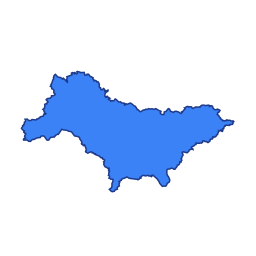 the district of Cumaru do Norte, Pará, Brazil, rotated 263°
{"feature_id": "56859067B29511236565229", "entity_name": "Cumaru do Norte", "entity_type": "district", "adm_level": 2, "iso_a3": "BRA", "parent_name": "Brazil", "parent_adm1": "Pará", "projection": "mercator", "projection_center": [-51.233, -8.51], "detail": "fine", "context": "isolated", "style": "filled", "palette": "blue", "viewbox_px": 256, "rotation_deg": 263, "n_neighbors": 0, "source": "geoboundaries", "source_scale": "gbopen_adm2", "svg_char_len": 5877}
<svg xmlns="http://www.w3.org/2000/svg" viewBox="0 0 256 256"><g transform="rotate(263 128 128)"><path d="M149.2,26.9L148.3,27.3L146.8,26.9L146.5,25.9L144.8,25.7L144.4,25.0L143.3,24.7L143.5,24.4L143.2,23.7L142.3,23.6L140.7,22.2L139.1,23.1L137.7,24.8L137.0,24.7L137.0,24.1L136.6,24.0L135.3,25.0L135.0,25.7L134.3,25.7L133.0,24.6L132.2,24.3L130.6,25.1L130.1,23.4L129.6,22.9L128.8,22.9L128.4,25.8L128.0,26.8L126.9,27.8L126.6,29.7L127.5,30.5L128.2,31.8L128.1,33.5L129.2,36.0L129.3,39.9L130.2,40.3L130.5,40.8L130.5,43.0L129.8,44.0L126.1,45.9L125.7,46.6L125.7,47.9L127.9,49.7L128.2,52.2L128.0,53.8L128.6,54.5L129.4,54.8L130.4,57.5L130.2,58.1L134.8,62.1L133.9,63.8L133.3,66.7L132.0,68.8L131.2,71.4L126.7,73.9L125.6,77.2L124.7,78.6L122.9,78.9L120.0,80.4L118.4,80.4L118.2,79.9L117.5,80.1L116.7,81.3L116.0,81.5L115.9,81.9L116.6,82.7L116.0,83.1L111.3,84.0L110.1,83.0L109.4,83.1L107.9,85.1L108.5,86.6L108.8,88.9L108.5,89.3L107.6,89.4L107.6,90.6L106.8,90.9L106.5,92.4L105.9,92.0L105.7,92.2L103.7,96.0L101.6,97.7L101.6,98.9L100.3,99.1L99.9,100.1L99.0,100.9L98.2,100.6L97.4,99.6L96.4,100.1L95.2,99.5L93.5,99.9L92.2,100.6L91.5,102.0L90.4,103.0L90.2,103.3L90.6,104.2L90.3,104.4L89.7,104.1L88.7,104.3L88.5,103.6L87.9,103.5L87.0,104.3L85.9,103.5L83.9,103.2L83.5,102.8L82.5,103.8L81.9,103.8L80.5,103.0L80.1,103.9L79.2,104.8L79.3,105.8L78.6,106.9L77.0,106.5L74.5,105.2L72.7,105.1L70.8,104.4L69.4,102.0L67.2,103.7L66.7,104.6L66.9,106.7L68.2,107.9L68.6,110.0L69.6,109.8L70.4,110.1L71.6,112.4L73.4,112.2L75.2,113.2L75.8,112.7L75.9,113.4L76.8,113.9L76.9,115.0L78.1,115.6L78.9,119.4L79.6,120.9L77.9,123.1L75.9,131.0L75.4,131.5L75.9,132.9L77.3,133.8L76.6,134.4L76.6,134.7L78.0,135.1L79.0,136.5L79.0,138.4L78.4,139.0L78.3,140.2L78.6,142.2L77.7,143.0L77.8,144.2L76.8,145.3L77.1,145.8L78.1,145.8L78.2,147.0L73.8,150.8L70.9,152.3L69.1,152.8L66.2,154.7L65.8,155.3L66.0,155.9L65.7,158.4L66.3,159.1L68.3,160.3L69.3,162.3L70.7,163.0L71.7,163.1L74.8,162.2L76.2,161.3L77.8,161.0L81.5,161.4L82.4,162.6L82.2,164.6L82.7,165.1L82.8,166.4L82.6,167.3L81.6,168.2L81.3,169.6L82.1,170.0L82.7,171.0L83.9,172.0L85.1,172.5L85.1,173.5L85.6,174.3L86.7,175.1L88.1,175.2L87.7,176.5L89.1,177.0L89.4,177.5L91.1,177.0L91.6,177.7L92.4,177.8L94.5,179.4L97.2,178.8L97.6,180.0L96.2,183.7L97.5,185.5L99.0,186.4L99.0,187.9L99.6,188.5L98.7,189.9L99.2,189.9L100.6,188.6L100.9,188.6L101.7,189.3L102.3,191.5L103.4,192.7L103.4,193.5L104.7,193.6L104.1,197.1L104.4,198.2L104.0,199.1L104.9,200.4L106.0,200.5L106.0,201.8L105.7,202.5L105.2,202.7L104.7,204.6L103.8,205.5L103.9,206.0L105.3,208.0L106.1,207.8L106.8,208.4L106.8,210.3L107.4,210.9L108.3,210.7L108.9,211.4L109.0,211.7L108.4,212.2L108.5,213.4L109.3,214.6L110.2,215.0L110.5,216.0L111.0,216.3L111.6,216.3L112.6,217.2L114.4,217.6L113.8,218.7L114.1,219.7L114.9,220.2L114.5,220.7L113.3,220.7L113.1,221.3L114.5,222.0L115.6,221.9L115.8,223.0L116.3,222.9L118.4,224.3L118.1,224.9L118.9,225.4L118.2,228.8L118.9,229.4L118.6,229.9L119.0,230.4L118.9,232.2L119.8,232.8L120.6,232.5L121.4,233.8L122.2,233.3L122.4,231.0L123.3,230.1L123.4,227.4L124.0,227.3L123.9,226.4L123.3,225.9L123.4,224.3L123.9,223.5L123.6,223.0L125.2,222.0L125.8,220.9L126.6,221.1L127.9,220.0L129.6,219.5L130.4,218.2L131.8,218.9L132.4,218.9L132.7,220.3L134.2,221.5L134.5,221.3L135.5,219.8L135.3,219.2L135.8,218.9L135.4,217.1L135.7,216.3L137.3,214.8L138.8,214.7L139.4,214.4L139.9,213.7L140.0,212.1L139.4,212.0L139.4,211.4L140.7,211.2L140.9,210.4L140.8,207.8L141.5,205.9L141.6,204.1L141.0,202.9L140.2,202.4L140.3,201.8L140.0,201.6L140.6,197.6L139.5,194.8L140.0,194.1L141.2,193.7L141.6,191.8L141.3,191.0L142.2,190.0L141.9,188.3L141.0,187.4L141.1,186.6L140.3,187.0L139.7,186.7L138.9,185.4L137.6,184.4L137.5,183.2L136.7,183.4L135.9,182.5L137.9,179.8L138.8,177.7L138.7,175.9L137.9,174.9L139.0,173.3L139.2,172.3L141.7,171.5L142.3,170.7L141.9,169.8L139.8,167.7L139.5,165.9L137.2,165.4L137.0,164.7L137.5,162.9L138.4,161.9L139.0,161.8L140.2,162.8L140.8,162.6L141.3,161.2L143.9,157.9L143.3,156.4L144.1,154.4L144.2,151.9L144.7,151.0L144.1,149.1L144.5,148.0L143.8,146.1L144.0,145.4L142.7,142.7L142.7,142.1L143.1,141.5L144.1,141.0L144.9,140.2L145.0,139.5L145.8,139.4L146.2,138.9L147.4,138.7L147.8,138.2L148.7,137.9L149.0,137.0L151.8,134.4L152.5,133.4L151.6,129.8L152.2,129.2L152.2,128.5L151.1,127.6L151.4,127.3L152.8,127.7L153.0,127.5L153.7,124.7L154.9,123.8L154.8,122.2L158.3,119.2L158.2,118.5L156.8,117.4L156.7,116.2L157.1,115.7L156.8,114.1L157.6,114.1L158.5,112.5L159.1,112.0L159.6,112.5L159.8,113.5L161.5,111.5L162.0,111.3L161.9,110.3L161.3,110.3L161.1,109.6L162.8,108.9L163.8,109.0L165.5,109.9L166.4,109.7L166.0,110.6L166.6,111.1L166.6,112.0L167.4,112.8L168.1,112.7L167.4,110.9L168.2,109.3L168.8,109.6L170.2,108.7L169.2,107.0L169.2,106.0L171.4,105.6L171.5,104.8L172.8,104.4L174.4,104.9L176.6,104.4L177.5,103.9L177.3,102.9L178.5,102.4L179.1,101.6L179.0,100.1L179.5,100.4L181.1,99.0L182.0,99.5L183.6,97.5L183.7,96.8L186.2,95.4L186.4,94.0L185.7,93.8L185.6,91.7L188.5,91.3L188.8,87.4L189.3,87.2L190.3,84.6L190.2,84.2L188.4,84.3L187.9,83.3L189.6,82.0L189.5,81.5L188.5,81.1L189.8,79.9L189.7,79.3L189.3,78.5L187.6,78.9L186.3,73.5L185.3,73.9L183.6,73.0L182.4,73.6L180.9,73.4L181.3,72.9L184.4,70.8L184.5,70.3L185.3,70.0L185.2,69.4L184.6,69.1L184.7,68.8L186.3,67.3L187.2,64.5L190.1,62.5L189.7,61.8L188.5,60.6L187.5,60.6L187.1,60.1L185.6,60.1L184.8,59.2L182.6,58.3L180.4,56.8L179.8,57.1L178.9,56.0L178.0,57.1L176.3,57.1L175.7,58.2L174.5,59.1L172.0,58.6L170.9,59.7L170.0,59.7L169.1,57.9L169.3,56.0L168.2,55.8L167.0,54.2L167.1,51.9L166.3,50.3L165.8,50.3L163.7,51.8L162.9,50.8L161.8,50.3L162.1,49.5L161.6,48.2L159.6,48.2L158.8,47.6L157.7,47.6L156.9,45.8L155.9,46.7L154.5,46.7L154.0,47.3L153.1,46.9L152.2,48.2L151.8,47.7L151.9,46.2L150.8,45.5L150.1,45.4L149.9,42.9L149.5,41.9L148.9,41.7L148.5,40.2L148.0,39.8L148.1,38.6L147.2,37.6L148.1,33.8L147.4,32.7L147.3,31.1L148.1,29.8L149.1,29.2L149.2,26.9Z" fill="#3b82f6" stroke="#1e3a8a" stroke-width="1.5"/></g></svg>